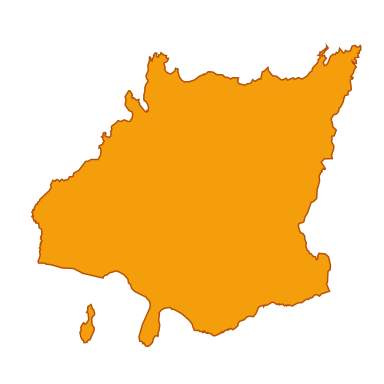 outline of Ende, Nusa Tenggara Timur, Indonesia, rotated 4°
{"feature_id": "22746128B46201528673681", "entity_name": "Ende", "entity_type": "district", "adm_level": 2, "iso_a3": "IDN", "parent_name": "Indonesia", "parent_adm1": "Nusa Tenggara Timur", "projection": "equal_earth", "projection_center": [121.742, -8.674], "detail": "fine", "context": "isolated", "style": "filled", "palette": "amber", "viewbox_px": 384, "rotation_deg": 4, "n_neighbors": 0, "source": "geoboundaries", "source_scale": "gbopen_adm2", "svg_char_len": 5901}
<svg xmlns="http://www.w3.org/2000/svg" viewBox="0 0 384 384"><g transform="rotate(4 192 192)"><path d="M340.9,84.0L340.7,80.7L343.1,79.7L343.8,78.3L342.1,69.8L342.4,68.6L344.2,68.1L344.7,67.0L344.2,66.1L342.7,66.5L342.3,65.7L344.5,62.5L345.5,58.0L347.2,56.0L344.7,52.8L343.5,52.5L342.7,50.2L345.6,52.3L347.0,52.2L346.6,49.2L344.9,48.2L344.9,46.9L348.9,45.9L347.6,42.3L349.1,41.9L349.1,39.6L350.3,38.8L350.3,35.6L349.6,34.2L348.0,36.1L345.7,35.7L344.9,34.4L343.0,34.7L341.4,35.6L340.6,39.3L338.2,41.1L335.2,40.0L334.6,42.3L333.4,42.8L329.2,38.5L328.7,42.1L327.3,43.3L326.3,42.7L325.3,44.9L323.2,44.7L320.7,47.0L318.6,53.7L317.1,56.1L315.4,56.6L313.8,53.3L316.7,49.2L315.1,47.8L314.7,46.4L312.7,47.3L311.9,45.8L314.2,43.9L314.4,42.8L317.8,38.9L316.1,36.7L316.3,38.1L315.3,39.6L311.1,43.4L310.0,43.4L309.7,45.6L308.4,46.9L310.4,47.0L310.3,49.5L308.6,51.1L308.9,52.3L308.2,54.4L303.6,60.1L303.2,62.8L301.0,64.6L299.0,68.1L293.9,71.7L290.1,70.4L286.6,72.5L284.9,71.0L279.6,73.8L278.0,71.9L274.7,73.8L272.9,73.8L268.2,70.6L264.3,70.5L260.0,65.8L259.0,62.5L255.9,66.1L253.7,67.3L252.7,74.6L251.0,74.3L247.3,77.2L244.6,75.7L243.7,78.4L242.4,79.7L239.8,80.1L237.3,81.8L231.0,80.6L229.8,77.8L230.4,74.9L224.3,75.2L222.8,76.6L219.4,75.1L217.3,75.3L214.1,73.0L208.7,73.2L204.4,70.9L199.8,70.9L197.4,73.3L194.2,74.0L197.2,73.6L191.8,75.6L186.6,80.1L181.1,82.3L176.9,82.7L174.3,81.5L171.3,77.9L169.4,72.4L169.6,70.4L167.0,69.7L166.4,72.6L162.8,75.6L160.4,75.4L157.7,73.8L156.1,71.6L156.6,70.0L155.1,65.9L155.3,65.0L157.8,63.8L158.8,62.0L159.1,60.2L157.6,60.4L156.7,59.2L157.0,57.7L154.6,57.5L151.4,55.2L151.0,57.1L149.3,57.6L149.2,59.5L148.0,59.7L147.2,58.9L147.2,56.1L145.7,55.8L144.1,58.3L144.6,59.4L143.3,61.8L143.2,64.0L141.8,63.9L141.4,61.0L140.4,60.1L140.1,60.8L140.5,63.3L139.2,68.8L139.9,73.6L138.0,79.3L138.9,82.2L140.1,83.1L140.3,84.9L138.6,87.6L137.7,91.1L138.0,95.1L137.3,97.9L137.4,102.3L138.0,104.4L139.1,104.4L141.2,106.9L142.8,111.0L142.3,114.5L141.2,114.0L141.0,115.4L139.4,114.9L133.5,108.4L133.6,107.3L132.3,105.8L132.7,103.4L129.9,104.2L127.1,101.9L125.9,102.7L125.1,100.8L125.7,99.8L125.3,98.3L122.9,95.4L121.8,95.5L118.6,101.8L119.7,103.9L119.3,109.9L123.4,115.1L126.4,116.1L127.5,118.5L127.1,123.0L126.1,123.5L125.7,125.6L123.5,126.1L119.4,124.8L116.1,126.6L113.2,126.0L111.2,128.6L107.5,131.6L107.0,133.0L107.7,134.9L106.6,137.6L107.3,139.2L107.0,141.9L105.6,143.4L101.5,142.1L101.2,141.0L102.2,139.9L101.5,138.7L99.4,139.3L99.2,142.2L97.9,143.3L99.3,144.1L99.7,146.2L100.9,147.5L99.6,149.3L99.4,150.7L96.3,152.4L96.1,154.5L97.1,154.0L98.4,156.9L98.2,161.5L96.0,166.1L88.8,166.7L86.7,168.4L83.8,168.9L77.6,178.3L72.7,181.5L72.2,184.8L68.6,185.5L67.5,188.3L64.3,189.0L63.8,189.8L61.0,188.4L59.1,190.8L57.2,189.0L55.9,189.1L54.7,190.7L52.5,190.0L50.4,194.9L51.3,197.1L49.5,200.6L40.8,210.0L40.6,211.3L38.8,213.1L38.6,215.0L37.5,215.0L36.0,218.1L35.6,221.3L34.7,220.7L33.7,223.6L34.4,223.8L34.8,225.8L34.1,227.6L35.5,227.2L35.1,229.0L36.7,232.2L37.7,231.6L38.5,232.5L38.1,233.2L38.5,233.9L41.1,233.8L42.1,238.4L44.6,239.8L45.2,245.3L44.1,247.1L45.0,248.1L44.1,249.0L45.8,251.3L44.4,253.0L45.2,254.1L44.1,254.9L44.6,256.3L43.7,258.6L45.1,259.8L44.1,261.3L45.0,266.1L43.3,272.1L43.9,273.6L50.2,273.2L51.1,274.1L56.9,274.4L67.6,276.8L79.2,276.6L88.8,280.7L107.6,283.8L109.4,283.9L109.5,282.7L110.9,281.2L112.9,280.8L115.2,278.4L119.5,277.0L120.4,276.0L124.6,276.7L130.1,279.4L134.1,283.3L135.1,287.2L137.2,288.8L138.6,292.6L142.2,295.4L153.3,300.0L157.3,304.2L158.2,307.2L158.0,310.8L151.8,327.7L149.2,340.2L150.3,344.5L152.9,344.9L153.5,346.8L154.8,346.2L156.4,348.8L158.7,349.1L160.4,348.1L163.0,344.9L163.9,340.4L165.3,338.3L167.0,337.8L168.0,338.4L168.4,336.7L167.8,335.7L168.7,332.5L169.1,327.1L167.7,322.2L168.0,316.2L167.4,315.0L169.7,311.7L173.3,309.7L178.2,308.7L180.1,310.5L181.5,310.0L190.3,314.1L198.3,320.2L201.3,323.7L203.6,329.3L204.5,329.9L208.5,329.7L209.7,330.7L212.3,330.5L212.5,331.5L213.8,331.0L214.0,329.8L216.1,331.8L217.4,331.9L217.4,331.2L221.5,332.5L223.0,333.8L225.0,333.8L230.0,331.2L230.7,330.0L231.8,330.3L232.2,329.3L232.9,329.8L235.2,327.5L237.6,327.2L237.7,326.1L239.0,326.5L240.5,325.3L242.1,326.5L244.1,325.3L247.0,322.3L247.3,319.8L248.4,317.7L253.2,315.7L255.0,313.2L257.6,311.9L262.0,312.1L264.5,308.3L266.3,302.6L267.7,301.3L271.1,300.2L271.5,301.4L272.4,299.7L274.4,299.9L279.3,296.5L281.4,296.4L284.6,298.3L286.5,297.4L286.9,298.5L290.2,297.5L291.9,299.1L293.4,298.2L294.4,299.1L295.5,298.0L296.4,298.5L297.1,297.9L299.7,298.8L305.3,295.3L309.2,294.7L313.6,291.0L315.5,291.1L317.5,289.2L319.0,289.2L321.7,286.0L324.2,285.8L326.4,287.0L328.2,284.6L336.1,281.4L332.6,274.4L333.4,272.5L333.2,261.7L335.2,259.9L335.3,255.6L332.7,247.2L329.4,244.5L322.9,244.3L322.0,246.5L322.0,249.9L320.9,250.9L319.8,248.1L317.2,247.6L314.9,245.1L313.3,245.1L312.8,243.0L311.2,242.3L309.3,237.9L309.6,234.9L307.7,230.8L307.5,228.1L305.5,225.6L303.7,225.3L302.3,223.8L300.4,218.4L300.9,215.9L304.6,214.7L305.8,213.4L306.3,209.5L308.6,205.0L311.6,194.1L314.0,192.9L316.8,189.9L316.7,181.1L318.5,172.3L317.7,166.9L318.9,164.9L318.7,164.0L320.4,162.5L319.6,161.9L320.3,160.7L321.4,159.8L322.9,160.3L323.4,159.4L318.8,153.2L321.6,149.7L329.7,148.9L328.6,145.5L330.3,139.3L330.3,136.4L327.7,131.9L328.0,129.1L327.4,126.7L329.9,126.0L331.6,120.2L327.9,117.1L327.0,112.6L326.1,111.4L325.9,108.9L327.8,105.2L330.8,104.0L332.5,101.5L333.0,98.0L334.1,97.2L335.4,94.5L336.7,91.0L336.8,88.1L337.3,87.5L337.6,88.0L337.3,85.5L340.9,84.0ZM100.8,315.2L99.1,311.3L96.1,313.7L96.1,318.4L95.2,319.3L96.9,320.4L97.9,326.8L95.5,330.9L94.3,331.4L93.2,330.0L92.3,330.8L90.6,334.4L91.0,338.4L90.0,339.6L90.2,340.7L91.4,344.8L92.8,347.2L94.2,347.8L94.7,349.8L97.6,349.4L98.8,347.0L100.6,346.5L101.5,343.8L101.0,343.5L101.5,343.8L103.9,337.3L104.0,334.4L101.7,331.5L100.8,326.4L101.3,323.6L103.2,321.3L103.3,319.6L102.0,316.2L100.8,315.2Z" fill="#f59e0b" stroke="#b45309" stroke-width="1.5"/></g></svg>